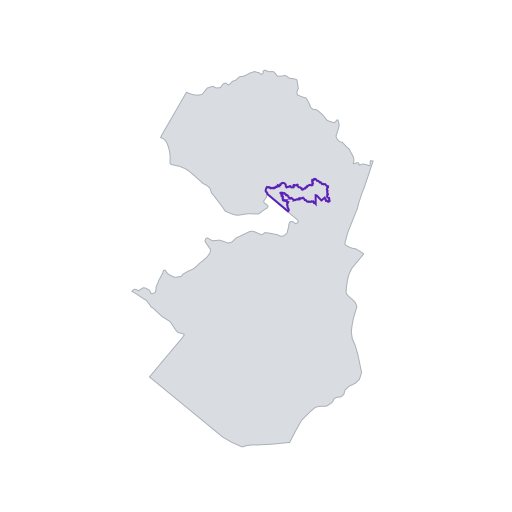 location of Chitambo, Central, Zambia, rotated 310°
{"feature_id": "96606910B62371668778538", "entity_name": "Chitambo", "entity_type": "district", "adm_level": 2, "iso_a3": "ZMB", "parent_name": "Zambia", "parent_adm1": "Central", "projection": "natural_earth1", "projection_center": [30.302, -12.89], "detail": "fine", "context": "in_parent", "style": "outline", "palette": "violet", "viewbox_px": 512, "rotation_deg": 310, "n_neighbors": 0, "source": "geoboundaries", "source_scale": "gbopen_adm2", "svg_char_len": 9247}
<svg xmlns="http://www.w3.org/2000/svg" viewBox="0 0 512 512"><g transform="rotate(310 256 256)"><path d="M326.8,337.2L308.5,337.3L301.9,338.9L296.4,341.5L289.9,345.5L286.1,348.3L285.1,349.9L284.6,353.3L284.6,358.6L284.0,362.4L282.0,365.9L272.1,370.1L265.7,373.5L259.3,377.6L254.5,382.9L251.3,389.4L245.9,397.5L234.5,411.9L227.9,414.5L222.4,413.9L215.7,410.9L210.4,410.4L206.5,412.2L202.8,411.7L199.5,408.6L196.7,407.5L194.5,408.3L191.6,408.2L186.3,406.5L181.7,401.4L179.2,399.3L177.3,398.5L171.8,397.6L159.3,396.5L146.3,399.0L134.8,401.6L123.1,390.2L111.8,378.1L109.3,375.0L105.1,370.9L102.0,369.0L100.8,368.0L97.7,357.2L95.9,347.3L94.9,252.1L146.3,252.1L149.6,251.7L149.7,250.7L147.3,245.6L147.4,243.8L148.1,240.4L150.3,233.5L150.4,231.2L149.3,223.7L149.4,219.5L149.9,211.0L149.6,208.2L150.7,204.4L151.1,201.8L151.6,200.8L151.0,197.9L149.9,187.8L149.3,183.6L152.4,184.2L153.4,186.3L154.0,188.6L155.4,188.7L159.1,190.0L160.4,191.9L161.2,195.9L160.7,198.0L159.6,199.7L160.7,201.1L163.2,202.1L164.6,201.8L168.7,199.1L172.6,198.1L174.5,197.3L183.0,195.5L184.7,194.6L185.9,194.6L186.7,195.3L186.0,198.2L185.7,200.7L186.8,205.5L187.6,207.8L189.4,209.4L190.6,210.2L192.1,212.0L195.0,211.7L201.6,214.1L203.5,215.2L206.3,216.4L208.2,216.8L214.9,217.6L222.0,219.0L225.7,219.1L228.3,218.8L230.1,218.1L231.3,217.3L231.8,216.6L234.4,207.5L235.8,206.8L237.5,206.4L238.6,207.2L239.7,212.9L244.9,218.1L246.6,222.5L247.9,226.2L249.0,227.2L251.0,228.5L254.1,228.9L256.8,229.1L270.6,235.4L272.2,236.6L273.9,240.0L274.9,243.8L276.0,246.8L277.8,247.4L279.4,247.6L280.9,249.7L282.1,251.5L286.2,259.0L286.8,262.0L288.8,264.0L291.5,264.8L294.0,264.9L295.4,264.0L298.9,262.5L301.6,260.7L303.7,260.1L304.8,260.5L305.7,261.7L306.3,265.4L308.3,266.7L309.7,266.2L310.3,264.7L310.3,264.0L310.3,224.9L309.0,225.2L307.4,226.3L303.8,226.4L302.4,227.2L301.9,228.5L302.2,230.1L302.3,232.3L301.7,233.4L300.1,233.8L297.8,232.9L293.6,231.8L290.1,231.1L287.6,228.2L284.2,223.8L282.0,221.5L276.6,216.9L275.7,216.0L274.1,213.8L272.6,210.2L271.3,206.0L270.6,203.3L271.9,199.1L275.0,185.6L275.7,181.4L278.3,177.1L278.5,173.2L277.4,168.3L277.7,165.6L278.0,150.1L277.3,145.2L275.5,139.8L271.6,132.2L271.7,130.6L277.6,125.7L279.4,123.9L282.5,119.9L284.6,116.5L285.9,113.8L286.4,110.2L285.4,106.8L287.4,106.2L336.7,97.5L337.4,99.8L338.9,103.6L340.6,106.5L342.7,108.9L344.5,110.4L345.7,110.9L353.3,110.7L356.0,112.3L358.4,114.2L358.9,117.1L360.5,119.0L362.2,120.5L362.9,120.6L364.2,120.3L366.2,120.2L368.1,120.9L369.0,121.5L369.1,124.0L369.6,125.1L372.2,125.6L374.8,125.7L377.3,127.4L380.0,127.7L383.2,128.4L384.7,130.2L388.0,132.1L392.1,133.7L396.6,136.5L396.7,137.3L397.5,139.0L398.3,140.1L398.4,141.8L398.7,143.4L399.9,143.8L400.8,143.9L401.7,142.8L402.9,142.8L404.3,143.5L404.7,145.4L405.7,147.8L407.4,149.5L408.5,151.1L408.1,154.1L407.4,156.8L409.7,159.4L412.6,162.0L413.4,163.1L413.6,166.9L414.1,168.1L416.1,171.3L417.1,173.3L417.0,174.5L411.6,180.7L408.3,181.7L406.8,183.0L406.0,184.3L408.1,190.5L409.2,192.8L408.3,195.7L406.1,200.7L405.1,201.2L404.9,204.9L405.6,206.3L406.6,207.4L407.1,209.9L407.0,216.3L405.6,223.5L408.0,229.8L408.8,230.5L412.2,230.6L412.8,231.1L411.9,232.9L409.6,235.7L405.3,237.8L399.2,240.2L397.9,242.5L397.1,245.8L397.8,247.7L398.6,248.9L398.3,251.7L397.8,254.8L397.9,257.2L397.7,259.3L396.9,260.4L395.8,263.6L394.5,266.8L393.4,268.3L391.9,269.8L389.4,271.1L389.5,271.7L392.2,273.2L392.9,274.3L393.2,275.0L392.0,276.6L393.3,277.6L394.8,278.4L396.3,280.5L398.0,284.6L398.3,285.0L398.7,285.0L399.6,284.6L401.3,283.0L402.6,282.4L404.0,284.7L378.5,294.7L372.4,296.7L363.5,300.3L360.6,301.6L358.2,302.9L334.5,310.7L330.7,312.2L322.3,316.2L322.0,316.8L322.1,318.7L322.9,322.4L324.3,325.8L325.6,327.8L326.4,332.8L326.8,337.2Z" fill="#d9dde1" stroke="#a8b0b8" stroke-width="1"/><path d="M355.5,265.9L355.1,265.0L355.2,264.1L355.4,263.6L355.5,262.7L355.0,262.2L354.8,262.1L354.7,261.9L354.4,261.8L354.4,261.5L354.3,261.0L354.1,260.9L353.8,260.5L353.5,260.3L353.8,259.6L354.1,258.5L353.9,257.9L353.5,257.8L353.5,257.1L353.4,257.1L353.6,256.0L353.5,255.4L353.4,255.0L353.1,254.8L352.8,254.4L353.3,252.1L352.5,251.1L352.3,250.9L352.0,251.0L351.7,251.3L351.4,251.0L351.1,251.0L350.9,250.7L350.6,251.0L350.3,250.4L349.9,250.8L349.4,250.8L349.2,251.1L348.8,251.5L348.6,252.1L348.3,252.2L348.4,252.4L348.4,252.6L348.2,252.7L348.2,253.0L347.6,253.2L346.4,253.3L346.3,253.5L345.6,252.9L345.4,251.9L345.0,251.7L344.7,251.1L343.9,251.1L343.3,250.8L342.9,250.6L342.7,250.2L342.3,250.3L342.2,250.6L341.5,250.8L340.4,249.8L340.1,249.8L339.6,250.4L339.3,250.4L338.5,249.6L338.0,249.3L337.7,249.2L336.9,249.2L336.7,249.1L336.5,248.7L336.4,248.2L337.2,247.3L336.9,246.7L336.9,245.4L336.3,244.9L336.1,244.2L336.3,243.3L336.3,242.8L336.6,242.6L337.3,242.2L337.3,241.9L337.2,241.7L336.1,241.3L335.3,240.7L335.2,239.8L334.8,239.3L334.6,239.2L334.2,239.2L333.8,240.1L333.5,240.4L333.1,240.6L332.5,240.5L332.3,240.3L331.9,239.5L331.5,239.2L331.4,238.9L331.2,238.7L331.3,238.2L331.6,237.6L331.6,237.2L331.2,236.9L330.9,236.9L330.3,236.8L330.1,236.5L329.8,236.5L329.1,235.6L328.6,235.6L328.1,235.3L328.3,234.7L328.8,233.7L329.7,233.0L329.9,232.6L329.9,231.5L330.0,231.1L329.9,230.6L329.7,230.3L329.5,229.9L329.3,229.6L328.8,229.5L328.5,228.9L328.3,228.8L327.1,228.8L326.8,228.8L326.6,228.6L326.4,228.8L326.3,228.6L326.1,228.6L325.9,228.9L325.6,229.0L325.1,228.7L324.9,228.2L324.6,228.1L324.5,227.8L324.3,228.2L324.2,227.9L323.9,228.1L323.6,227.9L323.3,228.1L323.1,227.9L323.1,227.7L322.8,227.7L322.7,227.4L322.3,227.4L322.3,227.2L322.0,227.3L321.6,227.0L321.7,226.9L321.9,227.0L322.0,226.8L321.5,226.6L321.1,226.8L320.8,226.6L320.6,226.7L320.3,226.3L320.0,226.4L319.9,226.3L319.8,226.2L319.6,226.2L319.7,225.6L319.5,225.4L319.4,225.4L319.2,225.7L318.8,225.5L318.4,224.8L318.4,224.6L318.2,224.2L317.8,223.7L317.6,223.8L317.5,223.6L317.3,223.6L317.3,223.2L317.2,223.1L317.4,222.7L317.4,222.2L317.2,221.8L317.1,221.6L316.7,221.7L316.4,221.3L316.3,221.2L316.2,220.5L315.9,220.0L313.8,220.5L312.2,221.4L311.9,221.7L311.6,222.7L311.7,222.9L311.6,223.3L311.7,223.5L311.5,224.1L310.8,224.7L310.8,251.8L311.7,251.9L312.4,251.4L313.2,250.1L313.5,249.0L314.0,248.5L314.7,248.0L314.8,247.5L315.1,247.0L315.3,246.9L315.6,246.6L316.6,246.5L317.1,246.2L317.3,246.1L317.6,246.0L317.7,245.9L317.9,245.9L317.9,245.6L317.7,245.5L317.2,245.2L317.3,245.1L317.6,245.2L317.4,244.8L317.4,244.5L317.5,244.3L317.5,244.1L317.8,244.0L317.7,243.8L317.8,243.7L317.5,243.3L317.3,243.3L317.2,243.0L317.0,242.8L317.1,242.7L317.5,242.8L317.3,242.6L317.2,242.7L316.9,242.4L316.9,242.2L317.1,242.0L316.9,241.8L316.6,242.1L316.4,241.9L316.4,241.6L316.3,241.4L316.6,241.4L316.8,241.1L316.6,240.9L316.3,240.6L316.5,240.4L316.6,240.2L316.8,240.0L316.9,239.6L317.1,239.5L317.2,239.4L317.4,239.5L317.6,239.4L317.7,239.2L317.7,238.9L317.9,238.7L318.0,238.8L318.2,238.6L318.6,238.7L318.8,238.4L318.9,238.2L318.8,237.9L319.0,237.8L319.1,237.5L319.1,237.1L318.9,237.0L319.2,236.8L319.3,236.8L319.4,237.0L319.6,236.8L319.0,236.4L319.2,236.2L319.4,236.2L319.5,236.1L319.4,235.9L319.5,235.7L320.0,235.2L319.9,235.0L320.0,234.8L319.9,234.7L319.9,234.4L320.0,234.4L320.2,234.2L320.6,234.4L320.6,234.6L320.6,234.9L321.0,235.1L321.1,235.3L321.1,235.2L321.4,235.5L321.5,235.7L321.3,235.8L321.6,236.2L321.4,236.5L321.5,236.7L321.8,237.3L322.3,237.4L322.5,237.5L322.3,238.2L322.4,238.7L322.4,238.9L322.2,239.0L322.0,239.4L322.1,239.6L321.9,239.8L321.9,240.1L322.1,240.3L322.3,240.6L322.5,240.7L322.7,240.9L322.6,241.1L322.6,241.4L322.5,241.8L322.5,242.4L322.1,242.8L322.0,243.4L321.8,243.6L321.8,244.0L322.0,244.6L322.0,244.9L321.8,245.0L322.0,245.2L322.1,245.4L322.6,245.2L323.1,245.6L323.0,245.8L323.1,246.1L323.4,246.7L323.2,247.0L323.1,247.4L323.0,247.6L323.1,247.9L323.1,248.1L323.4,248.4L323.5,249.1L323.7,249.4L323.8,249.7L323.7,249.7L324.0,249.9L324.2,250.3L324.5,250.4L324.8,250.3L325.6,250.7L325.8,250.9L325.9,251.4L326.3,251.9L326.5,251.9L326.8,252.3L326.9,252.1L327.3,252.0L327.5,251.8L328.0,251.9L328.3,252.2L327.9,252.8L328.2,253.1L328.4,252.9L328.9,252.9L329.8,254.2L330.7,254.4L330.6,254.6L330.6,255.0L330.9,255.7L330.2,257.4L330.8,258.1L330.7,258.3L330.7,259.1L330.5,259.6L330.5,259.9L330.7,260.5L330.8,260.6L331.0,260.7L331.2,260.9L331.2,261.4L331.3,261.4L331.4,261.7L331.6,261.8L331.8,261.7L332.1,262.3L332.3,262.4L332.5,262.8L332.7,263.1L332.7,263.3L332.9,263.4L333.3,263.3L333.6,263.4L333.7,263.6L333.8,263.6L334.0,264.2L334.1,264.5L334.3,264.6L334.2,264.7L334.3,265.1L334.1,265.3L334.1,265.6L334.4,265.8L334.4,266.2L334.5,266.1L334.5,266.6L334.7,266.8L334.5,267.2L334.3,267.2L334.5,267.5L334.4,267.6L334.3,268.2L340.9,262.6L341.4,263.7L340.6,270.4L344.9,271.1L344.3,272.5L343.8,273.1L343.3,274.0L343.6,274.1L343.9,274.2L343.9,274.6L343.7,275.2L343.8,275.8L343.9,275.7L344.0,275.8L344.3,276.0L344.5,276.2L344.8,276.4L344.8,276.7L344.9,276.8L345.1,277.1L345.5,277.1L345.6,276.9L345.4,276.5L345.5,276.2L346.5,275.6L346.8,275.6L347.1,274.9L347.4,274.6L347.1,274.2L347.0,273.9L347.0,273.3L346.9,272.9L347.5,272.0L348.9,271.0L349.0,271.1L349.3,271.4L349.4,271.5L350.2,270.4L350.3,269.9L350.8,269.3L351.2,269.0L351.9,269.0L352.2,267.9L352.4,267.5L352.8,267.3L353.4,267.3L353.7,266.9L354.1,266.7L354.5,266.8L354.7,267.0L355.0,267.0L355.3,266.7L355.2,266.2L355.3,265.9L355.5,265.9Z" fill="none" stroke="#5b21b6" stroke-width="2"/></g></svg>